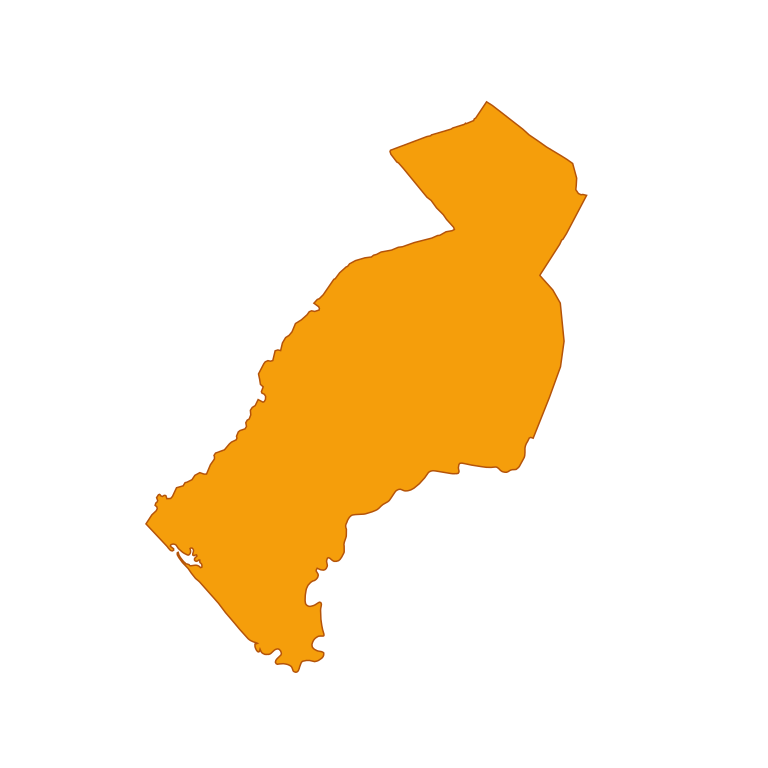 outline of Moyuta, Jutiapa, Guatemala, rotated 25°
{"feature_id": "79465075B23671365948765", "entity_name": "Moyuta", "entity_type": "district", "adm_level": 2, "iso_a3": "GTM", "parent_name": "Guatemala", "parent_adm1": "Jutiapa", "projection": "mercator", "projection_center": [-90.132, 13.908], "detail": "fine", "context": "isolated", "style": "filled", "palette": "amber", "viewbox_px": 768, "rotation_deg": 25, "n_neighbors": 0, "source": "geoboundaries", "source_scale": "gbopen_adm2", "svg_char_len": 6164}
<svg xmlns="http://www.w3.org/2000/svg" viewBox="0 0 768 768"><g transform="rotate(25 384 384)"><path d="M487.9,127.4L484.1,128.2L482.6,129.2L479.7,129.2L475.7,126.8L474.4,123.0L471.6,116.0L461.8,104.4L455.3,103.2L448.2,102.3L431.1,100.5L420.7,98.6L410.2,96.9L402.2,94.4L369.0,86.8L364.6,85.8L357.7,84.9L354.7,104.3L353.8,105.5L353.9,107.4L348.6,113.2L347.6,113.2L347.3,114.5L338.2,122.8L337.1,124.6L321.7,138.2L321.4,139.3L318.3,141.6L291.1,169.4L291.2,170.8L293.2,172.9L301.8,177.4L303.7,177.5L310.1,180.3L344.1,196.6L349.1,197.7L357.2,202.2L366.2,205.5L371.1,208.4L380.8,212.5L382.5,214.2L380.9,216.3L375.9,219.8L371.7,225.7L369.8,226.8L365.6,231.6L351.7,243.0L342.7,251.8L339.1,254.1L334.2,259.5L325.6,265.6L322.5,269.7L320.1,271.7L318.9,274.2L313.4,277.7L306.0,284.2L302.0,289.6L301.3,292.8L300.2,293.9L296.8,301.9L295.3,309.2L294.3,310.3L291.2,328.8L289.3,334.0L287.8,335.6L286.3,340.4L292.2,341.6L293.6,342.9L293.9,344.4L290.6,347.5L287.4,348.3L285.7,350.1L285.0,353.8L282.0,360.8L278.2,366.6L278.6,375.5L277.4,380.1L275.2,383.5L274.6,389.7L276.2,397.4L273.4,398.0L271.3,399.9L273.3,409.7L271.5,411.3L268.9,411.9L267.0,414.1L266.5,416.4L266.0,427.9L269.3,432.3L272.2,436.6L275.7,437.6L276.1,442.7L277.1,443.8L279.9,443.9L281.9,445.2L283.1,448.1L282.9,450.5L282.0,451.6L276.5,451.3L276.4,458.0L274.5,460.9L274.0,464.3L276.3,468.3L276.6,472.7L275.3,474.6L275.1,477.5L277.3,480.6L277.0,483.4L273.2,487.0L272.2,489.0L272.4,493.7L273.6,495.2L273.6,497.1L270.3,501.1L269.2,503.6L267.2,511.1L260.5,517.8L260.1,520.6L261.1,521.6L262.0,523.7L260.8,530.5L261.2,540.6L259.1,541.7L254.5,542.2L251.2,546.7L250.4,551.9L246.9,556.3L245.4,557.5L245.0,561.2L239.8,565.7L239.8,575.3L239.0,577.9L235.7,579.7L233.5,577.4L232.5,577.5L231.7,578.0L230.7,579.6L229.0,579.7L228.1,579.1L227.2,578.9L226.4,579.7L225.9,583.1L228.2,585.3L228.2,587.0L227.5,588.3L227.8,590.7L230.0,591.3L231.2,592.8L231.1,595.2L228.9,600.7L227.4,611.4L255.9,622.8L257.1,623.4L258.2,624.0L260.7,625.0L261.6,625.0L262.8,624.7L263.6,623.5L262.9,622.2L260.4,621.7L258.9,621.3L258.7,620.0L259.7,618.7L260.9,618.0L262.6,617.7L263.7,617.9L266.8,619.8L268.3,620.4L272.5,621.6L274.5,621.9L278.1,622.0L279.2,621.6L279.7,620.7L279.9,619.1L279.7,618.0L279.2,616.9L277.7,615.1L278.4,614.2L279.4,613.8L280.9,614.4L281.7,615.3L282.1,616.5L282.4,618.6L282.9,619.8L284.4,619.9L285.1,618.9L286.3,618.1L287.2,619.0L286.3,621.3L286.1,622.5L286.6,623.6L287.6,624.1L288.7,624.1L289.9,623.1L290.4,621.9L291.4,621.4L292.1,622.8L292.7,623.6L294.5,624.1L295.3,624.9L296.0,625.9L296.3,627.1L295.3,628.0L294.2,627.5L292.6,627.3L291.6,627.3L290.7,627.5L289.7,627.9L288.5,628.6L285.9,630.3L284.9,630.7L283.6,630.1L281.9,630.3L280.4,630.7L279.4,630.2L277.6,629.7L275.1,628.5L272.8,627.3L270.5,625.7L268.6,623.5L268.0,624.2L268.4,625.5L269.1,626.4L271.5,628.1L276.8,631.0L284.5,634.0L289.4,636.9L295.4,639.9L298.9,640.8L300.5,641.3L326.5,652.6L337.0,658.2L346.3,662.4L357.0,667.4L368.5,672.3L370.1,672.7L371.4,672.9L374.4,672.9L377.7,672.5L378.9,672.5L378.1,673.4L377.0,673.6L377.1,674.6L378.0,676.4L378.7,677.3L379.8,678.3L381.1,679.3L382.0,679.7L383.2,680.0L384.1,679.2L383.7,676.7L385.7,678.5L386.7,679.1L388.1,679.4L390.2,679.4L391.3,679.0L393.9,677.7L394.9,676.7L395.5,675.6L396.6,672.8L397.1,671.6L397.8,670.5L398.6,669.7L399.8,668.9L401.3,668.8L403.2,669.7L404.3,670.8L405.0,671.9L405.1,673.2L403.3,677.9L403.0,678.9L402.8,680.2L403.1,682.0L404.4,683.0L405.7,683.1L407.9,681.7L411.0,680.0L413.8,679.2L415.6,678.9L417.8,678.9L419.2,679.2L420.4,679.9L422.9,682.4L423.8,682.7L424.8,682.7L425.9,682.5L426.7,681.9L427.2,681.1L427.5,680.0L427.4,677.7L427.1,676.1L426.8,672.4L426.8,671.4L427.1,670.2L427.6,669.5L430.6,667.3L433.4,666.0L438.5,664.9L440.4,663.4L441.5,662.2L443.2,659.3L443.8,658.0L444.0,656.5L443.9,655.2L443.4,653.9L442.9,653.1L441.6,652.9L440.3,653.0L437.4,653.8L436.0,654.0L433.5,653.9L432.4,653.7L431.4,653.3L430.5,652.9L429.8,652.2L428.8,650.6L428.6,649.5L428.4,647.6L428.5,645.9L428.8,644.5L429.4,643.0L430.8,640.8L431.5,640.1L433.3,639.1L434.7,638.5L435.7,637.9L435.8,637.1L435.2,636.0L432.2,632.6L429.7,629.2L426.3,624.0L422.1,615.8L421.5,614.2L420.8,611.3L420.3,609.9L419.1,608.8L417.9,608.9L417.1,609.7L414.9,613.2L414.1,614.2L413.3,615.0L412.1,616.0L411.0,616.8L409.6,617.3L407.9,617.2L407.1,617.0L405.7,616.2L404.1,613.8L402.5,610.1L401.8,608.3L400.6,604.1L400.2,602.3L400.2,601.0L400.2,598.5L401.1,595.6L401.6,594.4L402.6,592.8L404.2,591.3L405.1,589.6L405.5,588.1L405.6,586.9L405.2,585.0L404.5,584.1L401.6,582.2L401.2,581.4L401.3,579.2L404.0,579.2L405.2,579.1L407.7,578.3L408.8,577.4L409.2,576.7L409.6,575.5L409.6,573.4L409.3,572.3L407.0,569.2L406.6,568.1L406.4,567.0L406.4,565.6L407.3,564.8L408.5,564.8L411.3,565.6L412.5,565.8L413.7,565.8L415.7,564.9L416.6,564.1L417.5,563.3L417.9,562.4L418.3,561.5L418.8,558.8L419.0,554.6L419.0,553.6L418.7,552.6L416.3,547.6L415.6,546.6L415.2,545.3L414.9,544.1L414.4,539.5L414.1,537.8L413.2,535.7L411.3,531.5L410.3,530.5L409.3,529.0L409.0,528.2L408.8,526.9L408.8,524.8L408.6,523.3L408.7,521.5L409.0,519.3L409.8,517.3L410.7,516.1L413.3,514.4L420.8,510.4L422.2,509.4L427.3,504.8L429.9,502.0L430.9,500.7L431.8,499.0L433.0,495.7L434.0,493.6L437.2,489.1L438.0,487.4L438.6,484.1L439.6,477.5L440.1,475.6L441.0,474.3L441.8,473.4L443.2,472.5L445.1,472.3L446.5,472.3L447.9,472.1L448.9,471.7L450.2,471.0L451.2,470.3L453.1,468.6L455.2,465.7L458.2,459.4L459.7,454.5L460.5,452.0L461.7,445.3L462.7,443.8L463.7,442.8L465.0,441.9L467.2,441.1L482.3,436.9L484.4,436.2L488.0,434.4L489.0,433.5L489.1,431.9L488.4,430.7L487.8,430.0L486.8,428.5L485.9,425.3L486.3,423.8L488.0,422.8L490.7,422.1L497.6,420.5L507.3,417.7L511.8,416.3L516.2,414.4L520.1,412.1L521.5,411.7L523.5,412.1L526.1,413.1L528.0,413.4L529.1,413.3L531.1,412.8L532.5,412.1L533.6,410.9L534.9,408.8L535.9,407.9L536.7,407.3L538.7,406.3L539.9,405.5L541.1,403.0L541.5,401.6L542.1,392.3L542.1,390.9L541.8,389.4L540.7,386.5L538.8,382.4L538.3,380.2L538.2,378.6L538.2,377.2L538.4,375.6L538.5,371.6L539.4,370.5L540.8,370.2L542.1,370.1L539.6,326.5L536.7,293.8L529.1,269.1L509.6,236.2L497.2,227.4L479.4,219.8L479.4,218.6L484.2,183.2L484.2,178.4L485.0,177.2L485.8,170.6L487.9,127.4Z" fill="#f59e0b" stroke="#b45309" stroke-width="1.5"/></g></svg>